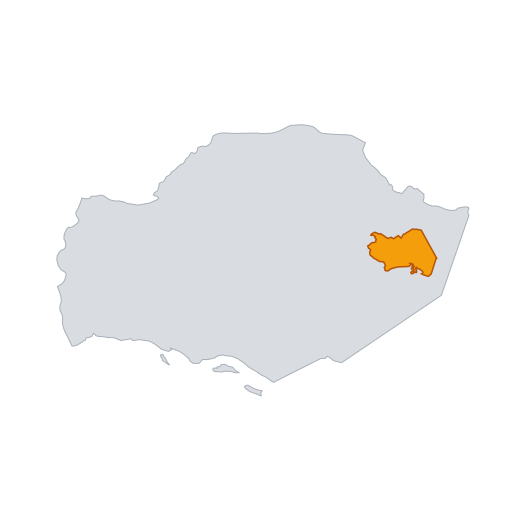 location of Mwanza within United Republic of Tanzania, rotated 109°
{"feature_id": "TZA-3357", "entity_name": "Mwanza", "entity_type": "Region", "adm_level": 1, "iso_a3": "TZA", "parent_name": "United Republic of Tanzania", "parent_adm1": "", "projection": "equal_earth", "projection_center": [33.157, -2.458], "detail": "fine", "context": "in_parent", "style": "filled", "palette": "amber", "viewbox_px": 512, "rotation_deg": 109, "n_neighbors": 0, "source": "natural_earth", "source_scale": "10m", "svg_char_len": 5786}
<svg xmlns="http://www.w3.org/2000/svg" viewBox="0 0 512 512"><g transform="rotate(109 256 256)"><path d="M205.0,363.6L200.8,360.6L196.9,358.8L193.8,356.8L192.4,354.8L189.4,354.1L186.8,353.8L184.5,351.9L179.6,351.2L179.1,350.0L179.0,347.3L178.1,346.6L176.4,345.9L174.4,346.0L173.3,346.3L172.6,346.2L171.0,344.6L169.5,342.5L169.0,339.3L166.7,337.2L164.2,335.6L157.0,335.7L155.9,335.2L154.2,333.6L152.2,330.9L150.6,327.8L149.2,323.6L147.7,317.9L139.5,295.3L138.6,291.1L137.0,286.3L134.4,280.5L131.6,276.2L127.8,272.2L123.6,268.3L121.2,265.7L116.8,255.0L115.9,250.1L115.2,244.9L115.5,242.8L118.2,236.1L118.5,234.3L118.1,231.7L116.8,226.4L115.0,220.0L111.5,208.2L111.0,205.3L111.1,203.0L113.1,191.1L113.1,189.4L121.3,189.7L127.3,184.4L132.5,176.6L133.5,173.4L135.7,168.3L137.7,165.8L138.5,164.1L139.7,159.1L142.5,155.7L145.2,153.1L144.6,151.3L145.0,150.6L146.5,149.3L149.3,148.0L149.8,145.4L149.8,142.5L149.4,140.8L149.5,138.9L149.0,137.8L147.2,137.6L144.4,136.1L142.1,135.5L140.5,134.6L139.9,133.9L139.7,132.2L141.0,127.6L139.7,125.7L142.6,118.1L143.1,117.2L144.1,117.1L145.8,116.3L147.3,115.9L148.5,116.2L149.5,115.9L150.3,115.0L151.0,112.5L151.5,108.2L151.2,104.7L150.0,102.0L149.7,97.8L150.2,92.3L149.8,87.7L148.5,84.0L147.2,81.8L145.1,80.8L141.9,75.2L140.9,72.5L141.0,70.8L142.2,70.0L144.2,70.3L146.2,69.7L148.0,68.1L149.7,67.7L150.7,67.9L232.7,67.9L328.6,140.0L329.0,140.8L329.7,147.0L329.6,149.1L328.1,152.7L327.7,154.6L327.6,155.9L328.0,156.4L329.3,156.6L330.3,157.4L330.7,158.1L331.5,160.8L332.6,162.1L368.9,197.5L369.7,198.0L369.2,201.0L367.1,208.1L367.0,211.1L366.2,214.6L365.4,217.0L363.3,227.1L361.5,230.9L359.1,239.7L358.7,246.5L360.0,251.2L360.5,255.7L363.2,260.0L365.5,261.6L367.0,263.6L369.7,268.1L371.2,272.7L376.0,274.9L377.9,280.0L377.2,283.5L374.9,286.4L372.8,291.2L371.1,297.4L371.0,306.8L372.1,305.4L374.7,307.7L375.0,314.7L372.3,322.8L371.5,326.6L371.3,329.9L373.2,339.6L376.0,344.5L375.8,346.1L375.0,347.4L379.9,356.1L379.5,363.7L381.3,369.6L382.1,374.7L383.3,378.7L383.5,381.4L381.9,384.4L385.5,385.1L387.6,387.6L388.6,390.0L391.2,389.9L392.6,391.5L394.6,392.8L399.1,396.7L400.3,398.7L401.0,400.6L388.6,413.1L384.1,416.3L380.9,417.8L377.5,418.6L374.2,420.5L371.2,423.6L367.2,425.2L362.5,425.2L357.5,427.3L349.6,433.8L345.0,430.2L341.4,429.1L337.3,429.2L334.8,429.6L333.9,430.4L333.1,432.6L332.4,436.2L329.6,439.6L324.9,442.9L320.5,444.1L316.5,443.3L313.8,441.9L312.4,440.0L310.3,439.1L307.5,439.3L304.9,440.6L302.4,443.2L298.3,444.3L292.8,444.0L289.9,442.7L289.5,440.6L287.1,438.1L282.6,435.2L279.4,435.1L277.3,437.9L275.4,439.7L273.6,440.4L272.1,440.4L269.8,439.7L263.7,439.4L257.9,439.5L257.4,435.5L256.2,433.1L255.1,431.6L253.1,431.3L252.6,430.1L251.9,427.7L250.9,425.5L249.6,423.8L248.9,422.1L248.6,420.6L248.8,419.0L250.0,414.9L250.4,412.1L250.3,409.2L249.6,406.3L248.3,402.7L248.4,401.7L248.0,399.3L247.9,397.7L248.2,395.6L247.9,392.8L246.7,386.9L246.7,385.4L245.5,382.6L241.7,375.9L241.5,375.0L235.4,368.2L233.0,366.7L232.1,368.0L231.8,369.2L232.1,371.3L231.9,372.4L231.7,372.9L230.2,372.8L229.3,372.6L227.1,370.8L225.3,370.3L220.8,370.6L219.3,371.1L218.1,370.6L215.7,367.5L213.0,366.9L210.5,366.7L206.4,363.2L205.0,363.6ZM376.7,250.2L378.7,257.6L378.4,259.0L377.0,259.9L376.3,260.0L375.4,258.8L374.8,256.2L373.7,256.8L371.9,253.8L370.1,253.7L368.5,250.1L369.2,246.9L368.8,241.6L370.8,238.8L371.9,234.2L373.1,237.4L373.4,242.3L375.1,248.1L376.7,250.2ZM386.5,205.5L386.7,207.3L386.3,209.0L386.3,214.3L386.2,217.8L384.7,222.7L383.4,224.4L382.4,223.9L381.5,223.1L380.8,221.8L382.2,212.8L381.5,206.3L384.3,206.9L386.5,205.5ZM382.0,313.5L380.6,313.9L380.1,313.5L379.2,312.0L380.7,310.8L382.2,308.4L385.6,304.8L387.2,302.0L386.9,304.7L385.0,310.8L383.4,311.2L382.0,313.5Z" fill="#d9dde1" stroke="#a8b0b8" stroke-width="1"/><path d="M199.3,84.4L199.8,84.9L215.9,84.5L219.0,86.2L219.3,88.0L219.2,90.0L219.3,91.9L219.0,93.7L218.3,93.0L217.2,92.8L216.1,93.9L215.0,97.3L215.1,97.8L215.4,98.5L215.2,99.0L215.2,99.3L215.2,99.8L214.5,100.4L215.3,101.2L216.3,100.5L217.4,99.5L218.3,99.4L218.4,99.1L218.6,98.9L218.8,98.9L219.2,98.9L219.0,99.4L219.2,99.6L219.7,100.1L219.9,100.5L219.2,101.3L220.3,101.5L221.3,101.8L221.3,102.0L221.2,102.0L221.3,102.2L221.5,102.2L222.1,102.7L222.0,103.2L221.7,103.6L221.5,104.1L221.3,104.0L220.1,104.0L218.4,102.4L217.6,102.1L216.8,103.0L217.6,104.5L217.2,104.6L217.0,105.0L216.0,103.8L215.6,103.7L215.6,104.7L215.4,104.7L215.2,104.2L214.9,103.5L214.5,103.1L214.2,103.5L214.6,103.8L214.8,104.2L214.8,104.7L214.6,105.1L213.8,104.7L213.8,104.8L213.1,104.7L212.9,104.7L212.7,105.0L212.8,105.0L212.8,105.3L212.9,105.7L212.9,105.9L212.8,106.3L212.6,106.8L212.5,107.2L212.6,107.5L212.9,108.1L213.4,107.4L213.9,107.0L214.5,107.0L215.2,107.4L215.9,107.9L216.2,108.3L216.3,108.7L216.5,109.0L219.8,117.5L220.6,118.9L222.6,122.1L223.7,123.6L224.7,124.7L225.9,125.5L227.1,126.4L227.7,128.1L227.6,129.1L227.1,129.7L226.6,129.7L226.1,130.0L225.1,131.0L223.3,130.3L222.6,130.9L222.0,131.2L221.5,131.7L221.1,132.4L220.5,132.6L220.1,133.5L221.0,137.4L220.7,138.8L220.0,141.9L219.8,143.6L219.5,144.7L218.8,145.5L218.2,148.0L216.7,149.2L215.7,149.6L214.6,149.8L213.6,149.5L212.7,149.9L211.7,152.5L210.0,153.6L209.4,153.1L208.8,152.4L208.4,152.2L207.8,152.1L207.0,151.5L206.2,151.2L205.5,150.4L205.0,149.1L204.3,148.2L203.5,147.4L202.7,147.6L201.9,147.9L201.2,147.7L200.7,148.1L200.3,149.2L199.5,149.7L198.7,149.6L198.6,150.6L198.2,151.9L198.3,153.0L198.9,153.2L198.9,154.2L197.9,154.1L195.8,152.4L194.9,151.4L194.9,149.6L195.1,147.7L194.9,146.4L194.3,145.3L196.5,137.0L194.3,134.4L194.9,131.7L190.4,128.1L191.8,124.6L187.3,123.6L186.5,122.1L185.2,121.5L184.1,120.5L182.4,119.0L180.4,117.6L179.7,116.8L179.2,115.7L179.3,114.8L179.0,114.0L178.5,113.4L178.4,112.3L178.2,110.4L177.7,108.3L199.3,84.4Z" fill="#f59e0b" stroke="#b45309" stroke-width="1.5"/></g></svg>